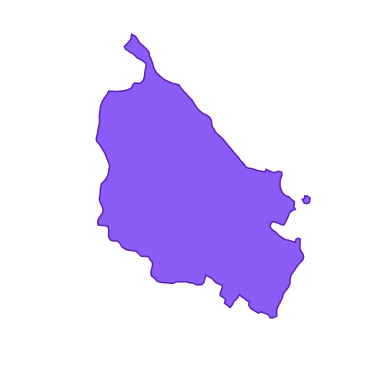 the district of São Luís, Maranhão, Brazil, rotated 126°
{"feature_id": "56859067B1800832829345", "entity_name": "São Luís", "entity_type": "district", "adm_level": 2, "iso_a3": "BRA", "parent_name": "Brazil", "parent_adm1": "Maranhão", "projection": "natural_earth1", "projection_center": [-44.287, -2.635], "detail": "fine", "context": "isolated", "style": "filled", "palette": "violet", "viewbox_px": 384, "rotation_deg": 126, "n_neighbors": 0, "source": "geoboundaries", "source_scale": "gbopen_adm2", "svg_char_len": 3378}
<svg xmlns="http://www.w3.org/2000/svg" viewBox="0 0 384 384"><g transform="rotate(126 192 192)"><path d="M195.0,305.5L198.5,303.7L200.5,302.7L202.8,301.9L205.0,300.9L206.9,299.3L207.8,294.7L209.4,291.0L211.3,286.4L213.0,283.4L214.4,281.2L217.3,276.5L219.4,273.9L222.2,272.6L225.3,270.9L228.3,269.8L232.1,269.3L234.4,269.4L238.6,270.2L241.3,268.7L243.6,267.9L245.9,266.2L248.9,264.5L252.1,262.9L254.7,259.8L256.3,256.4L258.4,253.8L261.1,252.0L265.1,252.0L267.9,252.0L270.6,251.3L273.9,248.9L272.4,245.7L270.1,242.5L269.5,239.4L271.5,237.2L274.2,235.2L276.3,233.9L277.9,232.2L278.7,229.3L277.9,226.9L276.3,225.0L275.4,222.3L276.1,219.4L277.5,216.7L277.5,212.8L276.8,209.7L275.0,206.7L272.8,202.6L273.8,195.0L271.4,191.8L269.8,188.7L271.3,186.5L272.3,182.7L274.6,180.8L277.6,179.5L280.1,178.6L282.3,177.2L283.7,175.3L283.7,171.9L284.7,168.3L283.8,165.0L281.9,161.4L280.0,158.6L278.5,155.8L276.7,153.4L273.6,151.6L272.2,149.5L270.5,147.3L267.8,143.5L266.8,140.4L265.2,138.1L264.6,134.3L263.2,131.9L260.7,129.5L258.3,129.2L255.3,130.4L250.9,131.7L250.6,128.5L250.2,125.3L251.3,118.9L250.3,114.8L249.9,112.3L252.4,111.1L254.7,110.5L257.0,109.8L259.2,108.2L258.9,104.8L259.2,101.7L263.0,100.3L262.8,96.9L263.1,93.3L259.2,93.1L256.0,93.9L253.0,93.0L249.6,93.1L247.0,92.9L247.6,90.1L247.2,87.6L247.7,84.6L247.1,81.1L249.6,80.0L251.0,78.2L251.7,75.6L251.0,67.1L248.6,65.9L247.3,62.0L246.4,57.8L247.9,54.7L246.0,52.3L242.4,50.5L239.6,52.9L236.7,54.5L233.5,55.2L230.0,55.8L227.4,56.3L224.3,56.8L221.5,58.0L218.3,58.4L215.6,58.1L212.3,58.0L208.5,58.9L205.0,61.4L201.8,62.7L199.1,63.1L195.6,63.1L191.4,63.3L187.1,63.2L183.9,62.8L181.2,62.6L178.5,63.8L176.8,66.2L175.9,69.0L174.3,71.5L171.9,73.1L169.2,75.0L166.5,76.7L167.1,79.1L169.3,80.0L172.0,78.9L173.2,82.2L174.4,85.8L175.8,88.7L176.0,93.3L176.0,97.2L175.3,100.3L175.4,104.1L175.0,106.7L173.6,108.9L170.7,109.6L168.0,108.9L167.1,105.9L166.3,103.5L165.9,100.7L164.9,98.4L160.9,98.7L155.5,99.7L151.5,100.9L148.0,100.1L145.2,98.2L144.1,100.9L141.5,102.1L139.6,103.6L139.6,107.6L138.9,110.4L139.8,113.6L140.0,116.4L139.2,118.7L137.0,122.6L134.3,125.2L132.2,126.4L130.1,128.0L127.7,128.5L125.5,129.1L123.3,131.1L124.4,134.3L128.2,137.0L129.2,140.5L130.2,145.4L132.7,144.7L134.1,147.4L135.8,150.7L138.0,157.8L139.5,160.2L140.1,163.0L138.7,166.9L137.9,171.7L136.8,174.6L136.2,177.9L131.1,197.6L130.3,202.7L130.3,205.6L129.5,208.9L128.2,211.4L127.3,214.0L125.2,216.2L122.6,218.5L121.2,221.7L121.2,225.1L122.0,228.8L121.9,233.2L121.2,237.1L120.2,239.8L118.7,243.2L117.5,246.1L117.3,248.6L116.5,252.3L115.7,256.1L115.2,259.0L114.3,262.1L113.0,265.7L114.2,268.7L115.7,272.0L117.2,279.2L117.3,282.9L117.0,286.4L116.4,290.6L114.8,294.6L113.4,296.6L110.7,300.1L108.4,303.4L107.0,306.4L104.9,308.0L103.7,310.6L103.0,313.7L102.8,316.3L102.4,319.0L102.0,322.5L100.4,326.1L99.3,329.3L99.9,333.5L104.5,331.2L109.2,331.5L114.1,332.3L115.5,329.7L115.3,325.1L114.8,320.5L115.7,315.2L114.8,309.6L115.0,305.6L116.3,303.5L120.9,301.5L125.1,299.2L127.3,298.0L130.3,297.0L134.6,297.8L137.3,302.4L139.9,302.8L143.6,302.1L147.5,304.3L150.4,306.8L154.7,311.6L157.3,315.6L159.3,318.7L162.8,318.0L166.9,318.1L170.7,317.9L173.8,317.2L176.1,316.5L181.2,313.7L184.2,312.2L188.0,309.3L191.7,306.8L195.0,305.5ZM135.0,94.7L134.1,92.4L131.6,90.8L127.6,92.8L127.4,96.4L128.9,98.5L130.8,97.2L133.2,98.5L135.0,94.7Z" fill="#8b5cf6" stroke="#5b21b6" stroke-width="1.5"/></g></svg>